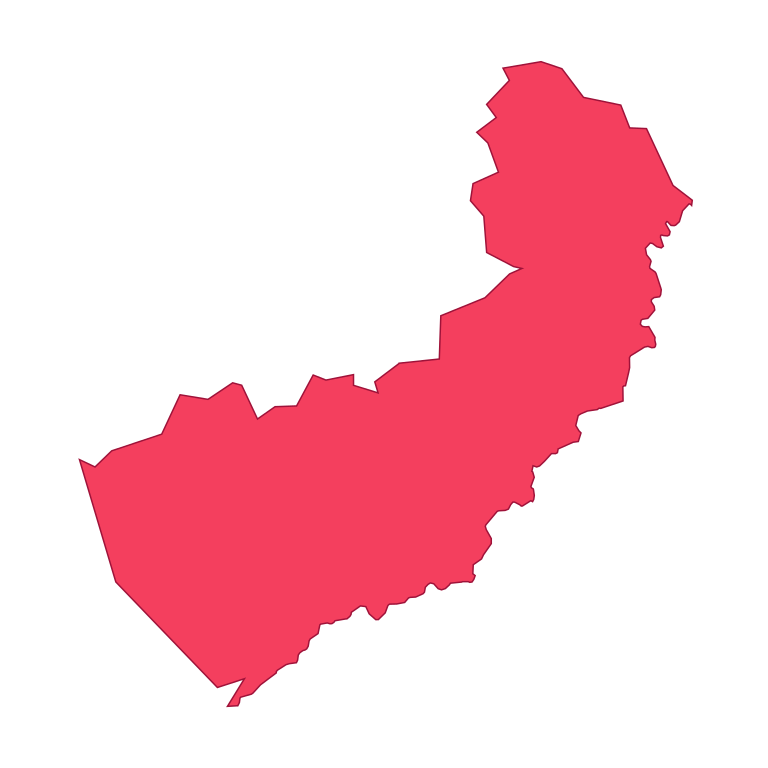 Mingo, West Virginia, United States of America (Natural Earth projection), rotated 272°
{"feature_id": "52423323B3909693217248", "entity_name": "Mingo", "entity_type": "district", "adm_level": 2, "iso_a3": "USA", "parent_name": "United States of America", "parent_adm1": "West Virginia", "projection": "natural_earth1", "projection_center": [-82.154, 37.743], "detail": "fine", "context": "isolated", "style": "filled", "palette": "rose", "viewbox_px": 768, "rotation_deg": 272, "n_neighbors": 0, "source": "geoboundaries", "source_scale": "gbopen_adm2", "svg_char_len": 2951}
<svg xmlns="http://www.w3.org/2000/svg" viewBox="0 0 768 768"><g transform="rotate(272 384 384)"><path d="M648.4,637.4L648.5,620.6L671.0,610.9L677.4,573.4L705.3,550.8L711.6,529.7L703.8,491.9L691.8,498.7L667.0,476.8L654.2,486.9L638.8,467.9L628.5,479.4L599.7,491.0L587.4,466.0L570.2,464.0L555.2,477.9L519.0,482.0L505.9,509.4L504.3,517.8L498.4,505.7L473.7,481.9L454.2,438.4L410.9,438.4L405.3,398.3L404.9,398.2L385.8,374.7L374.9,378.4L381.6,353.6L392.3,353.2L385.9,325.8L390.5,312.9L359.0,297.4L357.5,275.9L344.6,258.8L377.8,241.8L379.9,232.7L362.5,208.6L366.1,180.6L326.1,163.6L307.7,114.2L291.0,98.1L297.8,82.3L177.4,122.7L176.8,122.9L74.9,228.1L84.6,254.8L56.4,238.8L57.3,248.2L57.3,249.1L60.6,250.6L65.0,251.0L66.0,251.7L69.4,262.3L70.5,263.8L79.1,271.1L91.5,286.4L92.8,286.4L94.2,287.4L100.1,295.9L101.2,299.2L102.4,306.2L105.0,307.3L110.2,307.8L112.5,309.3L114.8,312.3L115.4,314.3L116.6,316.0L119.3,317.4L124.6,318.1L126.6,319.1L132.3,326.8L141.0,328.3L141.8,329.0L143.2,335.6L142.5,338.4L142.7,340.3L144.0,342.2L145.7,343.3L147.9,354.0L148.0,355.2L150.7,358.1L152.5,359.1L154.7,359.3L161.4,368.2L160.9,373.6L153.8,377.2L148.2,384.0L148.4,386.7L148.8,387.0L155.3,393.2L162.7,395.6L163.6,396.4L164.2,397.3L164.6,404.3L166.4,412.3L171.1,416.0L171.7,417.8L172.2,423.1L175.8,430.4L177.4,431.7L182.3,432.4L185.3,435.0L186.8,437.3L186.1,440.7L181.3,445.3L180.3,448.7L181.7,452.5L185.6,456.4L187.2,457.3L187.4,458.4L188.8,468.7L189.2,469.2L189.4,475.1L188.8,476.6L189.2,478.9L191.9,480.6L195.7,481.8L197.5,479.4L206.5,479.5L212.6,487.6L216.8,489.4L228.2,496.8L233.3,496.6L242.0,491.3L245.3,490.2L246.8,490.7L260.7,501.6L261.3,503.1L261.9,509.5L263.3,512.7L267.8,514.8L270.5,516.9L270.5,518.7L268.0,524.0L266.8,525.4L266.9,526.6L272.5,534.8L271.6,536.6L273.9,537.7L277.9,538.1L283.5,537.1L284.5,536.7L285.4,535.0L286.7,534.4L296.0,537.4L301.3,535.7L301.9,534.8L302.8,535.0L307.5,535.8L306.4,539.5L307.5,542.3L312.4,547.1L320.3,553.8L320.4,557.9L321.4,559.7L325.2,560.3L332.4,575.0L333.3,580.2L342.0,582.6L344.1,580.4L349.2,577.1L359.3,579.2L361.1,581.8L364.1,588.2L365.9,598.1L367.3,599.7L367.2,601.5L375.4,623.5L389.5,622.8L390.4,623.6L390.7,625.4L404.1,628.1L408.9,628.9L418.9,628.4L420.8,629.4L430.0,643.1L430.8,646.5L429.6,650.3L430.0,653.1L431.2,653.9L433.3,654.2L437.3,653.1L440.1,653.2L450.6,646.6L450.2,643.1L450.6,640.2L452.7,638.1L456.7,638.7L457.7,640.0L458.8,645.4L467.3,652.0L471.1,651.3L475.5,648.3L477.7,648.3L479.8,650.9L480.8,656.4L482.9,657.4L487.9,657.8L489.8,657.2L503.8,652.1L505.3,651.2L508.9,645.7L510.6,645.3L515.9,646.6L517.6,645.9L522.3,641.9L528.8,640.5L534.2,645.1L533.8,647.5L530.7,651.9L529.7,656.4L531.5,658.4L540.1,655.2L542.2,655.3L542.6,656.5L542.1,657.9L541.9,662.2L543.0,664.0L546.2,664.6L554.1,659.8L556.2,660.8L556.2,661.6L552.5,665.3L552.4,668.5L553.0,670.0L556.5,673.5L567.6,676.4L574.7,682.6L574.3,684.1L573.2,685.2L578.4,685.7L592.5,665.9L648.4,637.4Z" fill="#f43f5e" stroke="#9f1239" stroke-width="1.5"/></g></svg>